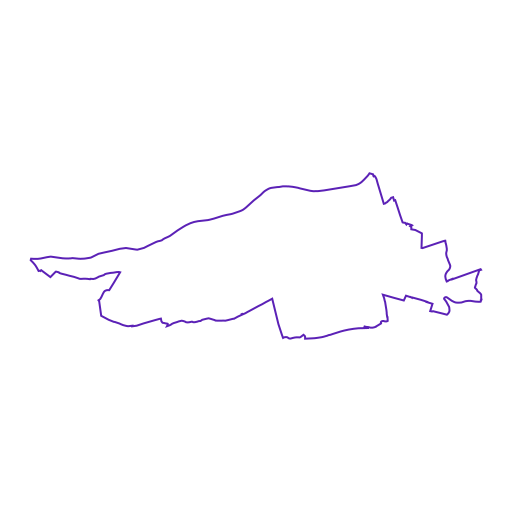 Molenlanden, Zuid-Holland, Netherlands
{"feature_id": "6326949B33496836807668", "entity_name": "Molenlanden", "entity_type": "district", "adm_level": 2, "iso_a3": "NLD", "parent_name": "Netherlands", "parent_adm1": "Zuid-Holland", "projection": "equal_earth", "projection_center": [4.856, 51.891], "detail": "fine", "context": "isolated", "style": "outline", "palette": "violet", "viewbox_px": 512, "rotation_deg": 0, "n_neighbors": 0, "source": "geoboundaries", "source_scale": "gbopen_adm2", "svg_char_len": 5905}
<svg xmlns="http://www.w3.org/2000/svg" viewBox="0 0 512 512"><path d="M318.2,191.1L313.3,191.2L310.3,190.8L300.0,188.4L298.0,187.8L295.4,187.3L292.5,186.8L288.6,186.4L283.0,186.3L279.1,187.0L277.1,187.1L271.2,187.9L269.4,188.4L267.8,189.2L266.1,190.2L264.7,191.1L263.3,192.3L260.8,194.8L259.5,195.9L253.8,200.4L246.0,207.5L244.6,208.6L243.1,209.7L241.6,210.5L239.6,211.3L232.6,213.7L230.6,214.2L226.7,214.9L222.8,215.8L213.9,218.6L209.7,219.7L207.8,220.1L197.9,221.2L194.0,222.0L190.4,223.2L185.9,225.3L183.3,226.8L177.6,230.4L170.1,235.8L168.4,236.7L164.8,238.3L163.2,239.2L161.8,240.3L159.9,240.9L157.9,241.3L156.0,242.0L147.7,246.0L144.0,247.9L137.3,249.7L135.6,249.5L126.0,248.0L119.8,248.8L112.0,250.8L104.1,252.5L98.5,253.8L91.3,257.4L90.4,257.7L84.7,258.6L80.5,258.8L78.6,258.7L72.5,258.1L70.3,258.4L66.6,258.5L62.7,258.3L51.3,256.7L50.1,256.7L46.9,257.2L40.7,258.5L39.1,258.7L37.5,258.9L34.4,258.9L32.7,258.8L31.1,258.7L30.7,260.2L33.0,262.5L34.8,264.6L35.6,265.7L37.0,268.0L38.6,271.0L40.4,270.6L40.5,270.8L41.2,270.2L50.4,277.1L55.7,271.7L56.0,271.6L58.8,272.3L59.4,273.0L61.2,273.6L66.0,274.8L69.2,275.7L74.1,276.9L78.3,278.3L79.3,278.7L80.1,278.9L80.9,278.9L84.2,278.7L87.0,278.8L89.9,279.2L90.1,279.2L90.4,278.8L93.3,279.0L95.4,278.5L97.6,277.4L99.0,276.6L103.8,275.1L105.1,274.1L106.4,273.7L110.7,272.9L113.2,272.7L116.8,272.1L118.9,272.0L120.1,272.3L113.8,282.8L109.2,290.2L108.2,290.1L107.1,290.1L105.8,290.5L104.8,291.0L104.1,291.7L103.5,292.7L102.8,294.0L101.5,296.8L100.3,298.9L99.7,299.5L98.5,300.3L99.1,301.2L99.2,301.4L101.2,315.8L107.2,319.0L108.7,319.8L112.2,321.2L113.7,321.8L114.9,322.0L119.4,323.5L120.2,323.9L121.1,324.3L123.1,325.1L125.8,325.8L127.2,326.1L128.3,326.2L132.4,325.7L132.3,326.3L136.7,325.7L143.6,323.4L155.1,320.1L159.5,318.9L160.9,318.6L161.4,321.2L161.6,321.5L162.4,322.6L162.7,322.8L164.1,323.0L165.6,323.4L167.1,323.6L167.7,323.8L167.8,324.3L167.8,324.5L167.7,324.8L167.0,326.2L169.8,325.2L170.8,324.7L171.9,323.9L173.6,323.1L176.9,322.1L178.8,321.4L181.7,320.7L183.6,321.1L185.2,321.7L186.0,322.2L187.4,322.4L188.9,322.3L191.8,321.7L192.1,321.7L193.2,322.2L194.8,322.2L197.5,321.6L198.2,321.3L199.1,321.1L200.5,321.0L201.9,320.0L202.2,319.8L206.6,318.7L208.6,318.3L210.5,318.8L213.7,319.8L214.5,320.0L214.8,320.1L215.3,320.5L215.8,320.6L218.8,320.7L223.9,320.6L225.3,320.7L227.9,320.1L232.6,318.9L233.5,318.7L233.9,318.8L234.3,318.6L237.7,316.7L242.0,314.7L241.7,314.1L242.3,313.8L243.4,314.1L245.4,313.2L247.8,311.8L248.8,311.3L258.2,306.2L262.2,304.2L266.2,301.9L268.2,300.9L272.2,298.7L278.4,324.1L282.1,335.4L282.6,336.6L282.8,337.4L283.0,337.6L283.1,337.9L283.8,337.5L284.4,337.3L285.5,337.1L286.6,337.1L287.3,337.3L289.0,338.4L289.5,338.5L290.2,338.6L290.8,338.5L293.0,337.9L294.9,337.5L296.9,337.3L299.7,337.4L300.0,337.3L300.6,337.0L303.5,334.8L304.8,336.0L305.1,336.9L305.1,338.7L311.2,338.4L314.7,338.2L317.7,337.8L321.6,337.2L323.4,336.8L327.6,335.6L327.9,335.4L328.7,335.1L330.4,334.8L332.4,334.1L340.6,331.5L344.0,330.6L348.6,329.6L353.6,328.8L358.1,328.3L360.4,328.2L361.8,328.2L368.0,328.0L368.0,327.8L367.8,327.8L367.8,327.7L367.5,327.6L364.5,326.8L364.6,326.5L366.3,326.9L366.8,327.0L367.9,327.0L370.7,327.7L372.4,327.7L373.8,327.4L374.6,327.2L376.0,326.7L376.2,326.3L376.7,326.1L381.0,323.5L381.1,323.3L380.9,322.7L380.9,322.1L381.1,321.8L381.3,321.6L381.7,321.3L382.2,321.1L382.9,321.0L383.5,321.0L385.0,321.4L386.4,321.4L386.9,321.3L387.7,320.9L387.5,317.1L387.2,317.0L386.7,313.8L386.7,312.7L386.4,310.0L385.1,301.9L384.7,300.7L384.3,298.9L384.1,298.1L382.9,294.7L393.8,297.8L403.8,300.5L406.0,295.7L410.4,297.1L410.5,297.0L412.0,297.7L412.1,297.8L412.3,297.5L420.8,299.8L424.0,300.8L427.0,301.8L426.8,302.1L432.5,303.8L430.2,311.1L432.1,311.5L433.0,311.2L442.3,313.5L446.9,314.7L447.8,313.9L448.4,313.2L449.0,312.2L449.3,311.6L449.5,310.5L449.3,308.0L449.2,307.3L449.0,306.7L447.8,304.5L446.2,301.6L445.4,300.5L444.5,299.4L444.1,298.8L444.1,298.5L444.2,298.2L444.4,297.9L444.8,297.5L445.3,297.3L446.0,297.1L446.4,297.2L446.8,297.3L448.0,298.1L451.8,300.8L454.2,302.0L455.3,302.4L456.3,302.6L458.6,302.7L461.4,302.5L462.7,302.1L464.5,301.5L465.6,301.2L467.1,301.0L468.2,300.9L470.9,300.9L475.4,301.6L479.0,301.8L480.6,301.7L481.3,300.0L481.0,299.8L481.2,299.5L480.8,299.4L481.2,299.3L481.2,298.7L481.2,295.0L481.1,294.5L480.7,293.9L479.7,292.8L479.1,292.4L477.4,290.9L477.2,290.6L477.0,290.0L476.8,289.6L476.4,289.2L475.2,288.1L475.0,287.8L474.9,287.5L475.0,287.1L475.4,286.1L475.6,285.2L475.9,284.6L476.0,284.2L476.1,283.9L476.3,283.7L476.5,283.0L476.4,281.5L476.2,280.8L476.1,279.9L476.6,277.8L477.0,276.8L477.1,276.4L477.3,275.8L478.0,274.4L478.2,273.9L478.2,273.6L478.6,272.5L479.0,271.0L479.2,270.7L479.7,270.2L481.0,269.8L480.6,269.2L476.9,270.5L452.3,279.3L452.3,278.9L447.4,280.9L447.2,281.1L447.3,281.3L446.7,281.5L445.8,279.2L445.5,277.8L445.3,276.4L445.4,275.2L445.9,273.6L446.7,272.3L447.3,271.4L449.0,269.7L449.6,268.7L449.9,268.0L450.1,267.3L450.3,266.0L449.9,264.6L448.0,260.1L447.7,258.9L446.8,256.9L446.4,255.3L446.2,253.8L446.2,253.2L446.3,252.4L446.8,250.4L446.8,248.7L446.3,245.6L445.8,243.4L445.7,243.3L445.6,243.1L445.3,240.9L444.6,241.0L444.6,240.8L442.5,241.4L423.1,247.9L422.6,248.1L422.1,248.0L421.5,247.9L421.9,235.8L421.9,233.4L421.4,233.1L415.3,230.0L411.3,229.3L411.3,227.0L410.3,226.3L412.0,225.3L411.5,225.0L407.4,223.7L407.1,223.5L406.4,224.5L405.5,223.3L405.1,222.8L403.2,222.6L402.6,222.4L400.1,215.2L397.4,206.8L395.2,200.2L394.1,200.6L393.1,197.2L391.2,197.8L390.9,198.1L390.3,199.0L390.0,199.4L388.9,200.4L388.2,201.0L387.2,202.1L386.0,202.7L385.5,203.2L385.0,203.5L383.8,203.8L378.3,185.5L378.0,184.6L376.5,179.2L375.9,177.9L375.1,176.5L374.7,176.1L374.4,175.9L373.7,176.4L373.5,176.2L373.2,175.2L373.0,174.3L369.5,173.3L368.4,174.9L367.5,176.0L364.0,179.7L361.7,181.9L360.4,182.9L358.6,184.0L356.0,185.1L349.9,186.2L324.1,190.4L318.2,191.1Z" fill="none" stroke="#5b21b6" stroke-width="2"/></svg>